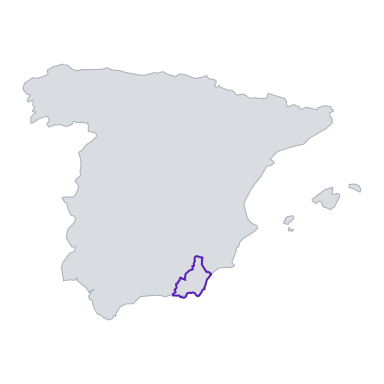 Almería highlighted on a map of Spain
{"feature_id": "ESP-5804", "entity_name": "Almería", "entity_type": "Autonomous Community", "adm_level": 1, "iso_a3": "ESP", "parent_name": "Spain", "parent_adm1": "", "projection": "equal_earth", "projection_center": [-2.331, 37.298], "detail": "fine", "context": "in_parent", "style": "outline", "palette": "violet", "viewbox_px": 384, "rotation_deg": 0, "n_neighbors": 0, "source": "natural_earth", "source_scale": "10m", "svg_char_len": 5601}
<svg xmlns="http://www.w3.org/2000/svg" viewBox="0 0 384 384"><path d="M206.8,75.4L206.8,76.5L208.8,78.6L214.7,79.9L216.2,80.8L215.9,83.7L214.5,86.2L215.8,87.3L217.2,87.3L219.0,85.3L219.3,86.6L222.1,87.8L228.0,90.1L232.3,90.5L236.7,95.0L243.8,94.1L250.2,98.5L256.2,97.6L257.5,98.4L266.8,98.5L267.3,94.9L268.4,93.5L284.6,98.5L286.6,101.6L286.3,103.1L287.2,106.7L289.3,106.5L293.5,104.5L299.1,107.0L300.6,109.2L301.7,109.4L305.9,107.2L317.1,109.8L317.5,108.1L318.3,107.6L322.9,106.1L324.9,105.7L330.9,106.9L331.7,108.9L332.9,109.7L333.4,111.5L329.9,112.5L329.6,115.6L331.9,118.2L332.3,122.7L326.4,128.4L309.3,138.3L303.8,144.1L290.9,147.1L277.7,151.5L269.8,159.3L271.9,160.0L274.3,162.6L273.5,163.8L270.1,165.7L266.9,166.2L261.2,175.9L253.3,186.0L250.4,190.6L244.1,202.4L244.1,205.8L247.4,217.6L249.2,220.7L251.8,223.3L256.6,225.5L257.8,227.7L256.2,229.8L251.4,233.5L243.1,238.5L239.6,242.5L238.9,246.3L236.4,248.1L235.5,253.4L232.2,260.9L232.0,262.9L234.6,265.6L232.1,267.3L219.2,267.9L211.2,273.8L207.2,279.0L203.6,288.7L199.2,294.5L197.2,295.5L194.2,293.0L190.4,292.6L186.7,293.5L184.8,295.5L181.8,296.6L178.9,295.6L172.5,295.1L169.7,295.2L165.3,296.8L161.5,295.7L155.1,295.2L141.3,296.5L139.5,297.1L133.3,303.7L126.6,303.8L120.5,306.5L116.3,312.9L115.5,316.3L114.3,315.5L113.4,315.8L112.8,318.4L108.6,320.0L103.9,317.9L100.1,314.7L98.0,314.5L94.7,309.5L93.4,306.4L92.4,303.0L92.4,300.6L89.4,299.2L88.7,296.1L91.0,292.1L93.9,289.8L91.2,290.0L89.2,292.6L86.8,288.4L76.9,280.3L77.5,277.5L75.8,279.6L74.6,280.2L69.5,279.8L63.6,280.8L61.4,267.1L63.0,262.3L69.8,253.0L74.0,251.7L75.7,246.9L72.0,247.1L66.1,237.8L67.9,229.2L74.0,222.8L75.1,220.2L75.3,217.8L74.2,216.1L71.0,215.2L67.8,208.4L67.1,204.2L64.4,201.8L62.2,197.7L64.3,197.0L72.8,197.0L74.8,195.9L76.4,193.1L78.2,188.5L78.6,185.7L75.4,181.7L75.3,180.9L75.8,179.6L81.0,175.1L80.0,171.8L81.0,164.9L80.7,160.8L80.2,157.5L78.5,153.2L79.7,151.5L82.4,150.0L84.6,146.5L87.8,143.6L91.9,141.2L96.8,136.1L96.0,133.8L94.4,132.5L88.6,131.5L88.2,130.5L88.4,125.0L86.9,122.7L84.8,123.0L81.6,122.0L80.8,122.6L76.7,122.5L73.8,121.5L72.6,122.3L72.2,124.3L67.3,126.3L64.6,126.2L60.2,124.5L55.1,125.1L54.5,124.7L50.1,126.9L48.7,127.0L46.9,124.3L49.4,120.3L47.5,116.5L46.1,116.4L38.0,119.2L33.2,122.8L31.4,123.2L30.7,122.6L30.7,117.4L35.7,112.0L32.6,111.6L32.8,110.0L34.9,107.5L32.9,105.6L33.1,100.1L28.7,101.9L27.6,101.6L27.6,99.4L30.4,95.0L27.6,94.5L25.6,92.9L23.0,89.3L23.1,87.4L24.7,82.9L28.5,80.8L32.4,77.8L37.5,78.3L45.2,75.8L47.9,74.4L47.8,72.5L47.0,71.2L47.8,69.9L54.1,66.2L57.9,65.8L61.7,64.0L64.2,65.2L66.5,64.8L69.0,66.2L72.3,69.4L77.2,70.7L81.2,69.7L101.3,69.4L107.1,67.8L111.5,69.8L120.1,70.7L125.3,72.4L139.6,75.1L144.7,75.2L155.2,72.5L158.0,73.2L162.2,71.8L164.2,72.1L166.8,74.0L175.9,76.6L178.4,74.4L180.1,73.9L186.7,75.2L193.4,78.0L196.8,78.2L201.9,77.4L206.8,75.4ZM331.6,193.4L334.0,194.5L336.6,193.5L337.9,193.8L339.3,194.4L339.7,196.5L334.5,206.8L330.2,209.6L325.8,207.4L323.2,206.9L322.4,206.0L321.8,202.7L320.6,201.6L318.9,201.2L315.6,203.8L314.5,202.0L312.9,201.7L312.2,200.6L312.2,199.3L322.5,191.3L325.4,189.5L331.8,187.4L332.8,187.7L332.0,189.0L332.9,190.1L331.6,193.4ZM361.0,189.2L360.0,192.1L352.2,188.3L349.6,187.8L349.0,187.2L349.2,184.4L354.4,184.0L358.6,185.4L361.0,189.2ZM289.2,222.4L288.4,224.4L284.5,223.7L283.6,222.9L284.4,220.6L285.5,220.3L285.6,218.6L286.7,217.0L292.1,215.6L293.4,216.8L293.7,218.4L290.5,221.9L289.2,222.4ZM293.2,230.6L292.6,231.1L288.4,230.7L288.3,229.3L289.1,227.4L290.7,229.3L293.1,229.6L293.2,230.6Z" fill="#d9dde1" stroke="#a8b0b8" stroke-width="1"/><path d="M211.2,274.0L211.1,274.4L210.9,274.7L210.4,274.6L210.2,274.9L210.0,275.5L209.7,276.2L209.0,277.4L207.5,278.9L206.8,279.9L206.4,281.3L206.2,282.5L205.9,283.4L205.7,284.3L205.0,286.4L204.4,287.3L204.4,287.7L204.5,288.0L204.6,288.3L204.6,288.6L204.6,288.9L204.5,289.1L204.3,289.2L203.7,289.2L203.5,289.3L203.2,289.6L202.3,290.3L202.0,290.7L201.7,292.1L201.4,292.5L201.0,292.9L200.6,293.3L200.5,293.6L200.3,294.2L200.2,294.5L199.7,294.8L199.4,294.9L199.2,295.5L198.8,295.8L198.3,296.1L197.8,296.1L196.8,295.8L196.1,295.0L195.5,294.1L194.8,293.3L193.9,292.7L193.3,292.5L192.7,292.4L192.3,292.5L191.4,293.0L190.9,293.1L190.7,293.1L190.0,292.7L189.7,292.7L187.6,293.1L187.2,293.3L186.7,294.6L186.2,296.1L185.5,296.8L185.4,296.9L185.1,297.3L184.5,297.6L183.6,297.7L183.1,297.5L182.6,297.7L181.9,297.3L181.4,296.8L181.0,296.6L180.7,296.7L180.5,297.0L180.3,297.1L180.0,296.9L179.3,295.9L178.6,295.4L178.1,295.3L176.7,295.8L174.4,295.4L173.1,295.5L172.8,294.1L175.6,292.2L175.3,291.0L175.0,290.7L174.7,290.5L174.5,290.2L174.6,289.8L176.5,287.9L176.6,287.4L176.6,286.9L176.2,285.7L176.0,284.6L176.1,284.0L176.5,283.7L177.4,283.6L177.6,283.5L177.8,283.1L178.0,282.0L178.2,281.6L178.5,281.4L179.1,281.1L179.4,280.8L180.0,278.1L180.1,277.9L180.3,277.7L180.6,277.7L181.4,277.8L181.7,278.0L182.3,278.9L182.6,279.0L183.8,279.1L185.1,279.7L185.0,277.3L185.0,277.1L185.2,276.6L185.3,276.3L185.4,274.4L185.6,273.9L189.5,270.4L192.8,269.3L192.4,266.2L193.9,265.9L193.8,263.3L194.0,262.8L194.6,261.7L194.8,261.1L194.6,259.2L194.7,257.7L194.8,257.4L195.0,257.1L196.6,256.0L197.6,256.6L198.8,256.6L199.1,256.7L200.0,257.2L202.4,257.5L202.6,257.7L202.6,257.9L202.3,258.3L202.2,258.5L202.1,258.8L202.1,259.4L202.1,259.6L201.9,260.1L201.9,260.3L202.0,261.5L202.1,261.8L202.1,262.1L202.0,262.5L201.9,262.9L201.9,263.1L201.9,263.6L201.8,263.9L201.9,264.5L202.0,264.8L202.1,265.0L202.3,265.3L206.1,271.5L206.4,271.8L206.6,272.0L206.8,272.1L207.0,272.1L207.1,271.8L207.2,271.7L207.3,271.7L208.6,272.0L208.8,272.1L211.2,274.0Z" fill="none" stroke="#5b21b6" stroke-width="2"/></svg>